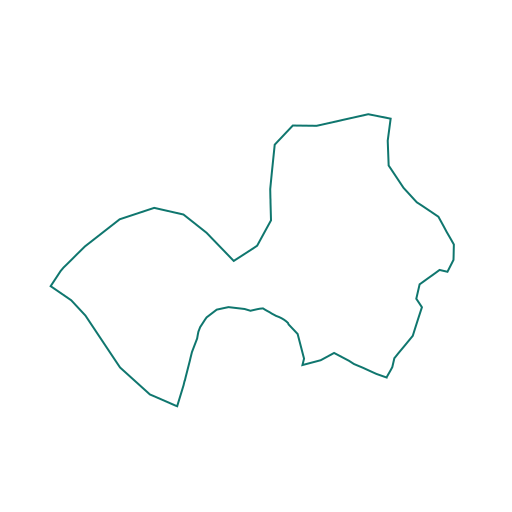 outline of Khawlan, Sana'a, Yemen, rotated 193°
{"feature_id": "15242507B89574765646204", "entity_name": "Khawlan", "entity_type": "district", "adm_level": 2, "iso_a3": "YEM", "parent_name": "Yemen", "parent_adm1": "Sana'a", "projection": "natural_earth1", "projection_center": [44.722, 15.275], "detail": "fine", "context": "isolated", "style": "outline", "palette": "teal", "viewbox_px": 512, "rotation_deg": 193, "n_neighbors": 0, "source": "geoboundaries", "source_scale": "gbopen_adm2", "svg_char_len": 1858}
<svg xmlns="http://www.w3.org/2000/svg" viewBox="0 0 512 512"><g transform="rotate(193 256 256)"><path d="M147.2,374.4L153.6,398.0L155.7,420.1L178.5,419.4L202.3,408.0L206.4,406.0L226.2,396.5L249.5,391.4L260.7,372.3L262.8,368.7L261.5,358.2L259.3,340.6L257.2,324.4L254.9,315.3L254.7,314.7L253.9,311.4L249.4,294.1L252.4,283.5L257.2,266.3L259.6,263.7L271.8,251.1L276.6,246.2L302.5,263.0L309.4,267.5L330.5,277.5L336.0,280.1L366.0,280.0L372.6,276.0L397.1,261.1L404.3,252.2L424.8,226.9L430.8,217.5L434.2,212.0L438.7,204.9L440.9,201.5L443.0,197.4L449.3,180.4L426.1,171.3L408.8,159.6L383.8,136.0L368.2,121.3L363.4,116.8L328.2,97.2L325.2,96.7L300.6,92.1L299.0,91.9L299.0,92.3L297.5,113.8L297.5,118.2L297.4,118.3L297.3,118.5L297.3,121.9L296.9,139.1L296.9,142.0L296.8,148.0L294.8,162.4L295.0,166.1L295.1,169.3L294.4,174.2L293.4,176.9L291.3,182.7L290.3,185.1L282.2,194.9L275.4,198.1L271.3,200.0L255.2,201.8L249.0,201.4L248.1,201.9L245.6,203.1L242.9,204.4L240.2,205.6L237.4,206.5L235.3,205.8L235.1,205.7L232.7,205.0L230.1,204.3L227.6,203.4L224.9,202.7L222.8,202.1L222.5,202.1L219.7,201.7L217.1,201.1L214.3,200.2L211.8,199.1L209.7,197.9L208.9,196.7L197.9,189.4L190.9,176.0L186.1,166.8L186.2,160.2L169.5,169.0L158.1,179.1L141.8,174.8L136.3,172.8L130.5,171.8L129.9,171.7L128.6,171.5L125.9,171.0L124.5,170.7L116.7,169.1L112.2,168.2L104.3,167.3L101.4,167.0L101.4,167.3L100.8,169.4L99.2,174.7L98.2,178.4L98.2,187.6L97.8,188.3L95.6,192.9L94.1,195.9L91.6,200.8L85.3,213.5L84.6,222.5L84.0,229.7L83.9,231.0L82.8,243.4L88.9,249.2L90.2,250.4L90.2,252.0L90.2,255.9L90.2,259.7L90.2,265.2L85.2,270.9L83.1,273.3L77.7,279.4L74.0,283.7L65.9,283.7L62.7,296.6L63.4,300.2L65.8,311.7L69.9,316.2L75.7,322.4L79.6,326.9L87.1,335.3L97.0,339.1L105.1,342.2L111.4,344.5L114.2,346.4L127.6,355.6L145.6,372.6L147.1,374.0L147.2,374.3L147.2,374.4Z" fill="none" stroke="#0f766e" stroke-width="2"/></g></svg>